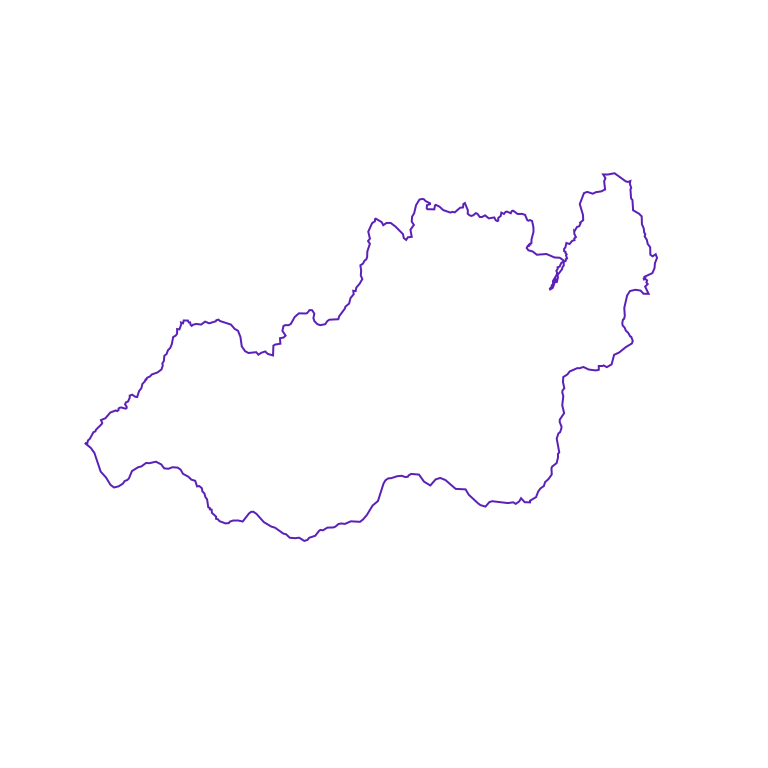 Jina, Sibiu, Romania (Natural Earth projection), rotated 70°
{"feature_id": "2599482B21479866695971", "entity_name": "Jina", "entity_type": "district", "adm_level": 2, "iso_a3": "ROU", "parent_name": "Romania", "parent_adm1": "Sibiu", "projection": "natural_earth1", "projection_center": [23.667, 45.651], "detail": "fine", "context": "isolated", "style": "outline", "palette": "violet", "viewbox_px": 768, "rotation_deg": 70, "n_neighbors": 0, "source": "geoboundaries", "source_scale": "gbopen_adm2", "svg_char_len": 6125}
<svg xmlns="http://www.w3.org/2000/svg" viewBox="0 0 768 768"><g transform="rotate(70 384 384)"><path d="M542.3,279.8L537.9,276.0L535.7,272.9L534.5,268.6L531.3,266.2L529.6,262.0L526.4,257.3L520.3,255.4L519.1,254.2L517.4,248.9L512.4,245.5L509.2,244.5L508.2,242.7L494.4,240.4L490.1,237.0L489.5,235.0L486.5,232.6L485.0,231.8L479.8,231.9L477.6,231.0L473.0,224.7L465.0,223.8L456.8,219.7L452.6,219.3L451.0,218.3L449.7,216.0L443.6,215.2L438.8,213.2L437.7,208.3L435.7,205.2L435.2,196.9L436.1,194.9L436.2,190.8L440.4,186.7L443.7,180.3L444.1,177.3L440.5,176.0L441.9,172.4L441.7,171.2L444.4,168.9L443.4,163.4L435.3,157.8L434.8,152.2L432.0,144.0L430.7,137.2L428.6,135.5L424.2,135.5L423.5,136.4L419.5,137.0L416.6,138.5L413.2,138.6L410.8,139.7L408.3,139.3L405.3,137.5L404.8,136.0L402.3,134.4L394.7,132.2L384.0,125.3L380.8,121.1L381.4,115.7L383.9,111.0L387.9,109.3L389.8,104.5L381.8,105.3L380.3,102.0L378.3,102.7L376.6,101.3L374.6,102.5L374.7,103.9L373.6,103.9L373.1,102.1L372.3,102.3L371.6,93.9L367.7,90.2L363.0,88.0L358.9,84.3L355.0,84.3L355.9,87.9L353.6,89.5L346.5,87.1L342.5,88.3L338.5,87.7L334.5,88.6L332.5,87.2L330.5,87.7L326.7,86.7L322.1,87.0L314.6,84.5L311.2,86.1L305.9,90.5L296.1,87.6L294.3,88.3L292.8,88.0L285.3,85.8L284.3,84.6L280.0,84.5L277.5,83.1L277.6,85.6L276.4,87.4L264.8,95.3L263.7,102.1L262.0,106.4L266.3,105.5L268.8,107.8L276.8,109.7L277.3,114.0L276.2,119.4L276.6,122.7L273.0,127.3L273.0,130.8L281.9,138.5L293.3,139.2L298.2,140.8L299.5,144.6L300.3,144.4L302.5,146.5L302.4,148.9L305.4,152.5L304.9,152.8L307.9,153.8L311.6,153.4L312.3,155.4L314.0,155.8L313.8,158.2L315.9,161.7L313.9,164.4L317.6,166.8L318.6,168.5L320.8,169.3L322.0,168.2L323.2,168.7L324.6,168.0L325.5,169.0L328.7,169.0L328.9,170.5L330.4,171.0L330.7,172.5L329.9,173.1L334.2,174.6L335.2,176.3L337.0,177.4L340.9,183.5L343.5,184.2L348.1,187.3L346.4,186.4L344.9,186.4L346.5,187.2L344.8,187.0L351.4,192.6L352.0,195.5L351.1,195.5L349.9,193.1L348.5,192.5L348.5,191.2L344.9,189.9L340.4,184.3L338.7,183.3L336.6,183.3L335.1,181.3L333.7,181.0L333.8,178.9L330.9,176.0L330.2,173.6L329.2,173.1L325.5,175.6L323.4,180.5L317.4,186.9L314.8,196.2L310.5,198.8L307.7,202.6L305.0,203.4L303.4,201.7L303.9,200.7L302.8,200.2L303.0,198.9L302.2,199.0L302.0,197.3L298.5,195.9L292.2,191.5L287.9,190.0L281.5,189.1L279.9,190.7L280.0,192.3L279.1,193.3L273.3,193.6L271.3,196.2L270.0,200.2L265.2,203.5L265.3,204.9L266.9,206.5L264.0,209.5L263.9,211.0L265.2,213.1L263.1,215.1L266.0,216.8L267.0,219.8L269.6,220.8L269.7,221.7L268.3,223.0L265.2,223.4L264.2,228.9L260.1,231.3L260.6,234.8L259.8,236.9L256.0,238.0L254.8,239.4L256.0,242.2L255.9,244.6L254.6,246.0L252.6,247.1L249.5,245.8L241.6,246.1L242.0,247.8L245.1,249.4L244.4,252.2L246.9,258.8L245.6,260.9L245.6,263.0L240.8,268.9L236.3,271.2L233.4,274.1L233.6,275.0L237.1,277.0L234.6,283.4L233.5,283.8L230.7,282.5L230.7,279.2L230.0,278.9L226.4,282.3L224.1,283.3L223.2,284.7L222.8,287.6L226.9,292.7L233.9,297.3L236.4,300.4L240.9,302.4L244.7,301.5L248.1,306.4L255.2,307.6L254.3,311.4L256.2,313.9L253.6,315.5L249.7,314.9L240.1,319.3L235.0,322.6L233.5,326.5L234.5,330.4L231.1,330.8L225.8,335.2L226.0,336.0L228.0,336.9L228.8,340.2L235.5,346.7L242.6,347.5L244.2,350.1L247.4,349.3L253.7,354.3L258.9,356.4L260.8,358.0L261.5,360.2L263.7,362.6L264.4,365.6L269.7,366.7L274.1,368.7L278.0,368.5L281.5,372.7L283.9,377.0L287.0,378.9L285.9,381.0L289.3,381.8L291.8,386.1L296.5,389.3L298.1,393.8L299.7,394.9L304.9,402.8L307.5,404.8L304.9,413.3L305.5,415.8L307.7,418.7L306.9,423.8L304.9,426.2L301.1,427.9L297.9,427.8L294.1,425.4L290.1,426.3L289.1,428.7L291.0,431.8L291.1,433.1L288.5,439.8L290.5,445.0L295.7,451.0L296.1,453.6L295.0,456.4L295.0,458.5L299.3,461.3L304.9,459.9L306.0,462.4L305.4,466.1L310.7,467.6L309.7,472.8L310.1,474.8L319.2,478.5L316.0,482.9L312.8,484.5L312.7,488.8L313.5,492.0L310.4,493.2L308.5,500.8L305.6,503.3L300.0,504.8L290.7,502.8L284.0,503.0L281.1,505.5L275.8,507.5L268.6,516.7L266.9,517.5L266.7,519.7L267.5,520.6L267.2,527.5L264.2,530.8L265.6,535.5L263.3,540.0L263.0,543.5L263.6,544.8L262.2,545.5L259.8,545.1L259.4,546.4L257.3,546.6L255.8,550.5L258.2,552.0L256.8,553.7L258.4,554.0L262.7,557.5L261.6,559.6L265.9,561.2L267.3,563.2L267.8,566.1L273.9,569.7L277.0,572.6L278.4,575.5L281.5,578.1L282.4,580.8L287.1,583.0L288.9,585.3L290.9,585.5L294.2,588.1L295.7,593.0L295.6,598.9L296.9,601.4L297.1,604.5L298.6,605.8L298.2,606.5L299.7,607.8L301.3,611.0L305.0,613.5L306.9,616.6L311.8,620.4L311.0,622.0L307.9,624.3L307.9,626.9L309.9,627.6L312.9,630.5L313.0,632.7L314.5,634.3L317.3,633.6L318.5,634.0L318.8,635.3L316.2,638.9L315.9,640.8L316.4,641.9L317.8,642.4L318.2,644.0L317.1,645.1L317.2,651.0L320.9,657.5L321.1,662.3L324.3,662.1L325.0,662.8L328.4,670.2L329.8,671.4L329.9,673.5L334.9,679.2L335.8,681.5L338.3,683.1L337.5,684.3L337.9,684.9L343.7,681.4L349.7,679.7L369.4,680.2L376.8,677.2L385.2,675.5L388.9,673.1L389.4,668.3L388.3,663.4L386.5,660.9L386.4,658.0L385.5,656.0L379.6,650.6L378.1,643.4L378.5,640.3L376.8,634.5L378.2,631.5L379.0,624.9L383.4,620.8L388.1,619.4L389.9,615.6L389.9,611.1L392.0,606.5L394.9,604.4L399.7,603.6L404.0,599.7L408.0,597.7L410.4,594.5L416.3,594.7L416.7,592.5L419.6,590.8L422.9,591.4L425.2,590.2L429.3,590.5L431.9,589.7L439.7,591.3L441.1,590.0L442.3,590.5L443.1,588.9L446.2,589.8L451.2,587.1L453.2,587.9L454.3,586.4L456.6,585.5L460.8,580.6L461.6,577.5L460.6,575.8L460.7,572.5L462.3,567.9L464.9,563.8L459.5,555.2L458.7,552.7L459.3,550.5L462.3,548.3L472.6,544.2L479.4,538.7L481.8,535.5L490.1,529.8L491.8,527.3L496.2,525.2L498.5,520.3L499.4,516.3L504.2,512.6L504.3,509.2L502.9,506.9L503.1,500.5L499.7,495.1L499.4,493.5L500.6,491.5L499.6,486.3L501.5,480.6L501.4,478.4L500.0,474.7L500.4,472.0L502.1,468.6L501.7,462.1L505.3,453.7L504.1,450.0L501.3,445.0L494.3,436.3L491.9,429.7L477.4,418.5L475.0,415.6L474.1,412.2L474.9,409.9L475.2,403.0L476.3,398.8L478.8,395.7L479.3,393.3L478.3,392.2L477.8,389.2L481.1,382.1L489.4,379.8L495.2,375.2L491.3,368.1L491.5,363.3L495.3,359.1L507.1,352.5L510.9,343.4L517.1,342.2L528.2,336.5L530.8,334.8L533.9,330.6L531.0,325.3L531.2,322.3L538.2,308.5L539.4,303.0L541.7,301.2L540.6,297.1L538.2,294.3L543.2,292.2L545.2,287.2L543.6,286.7L542.3,279.8Z" fill="none" stroke="#5b21b6" stroke-width="2"/></g></svg>